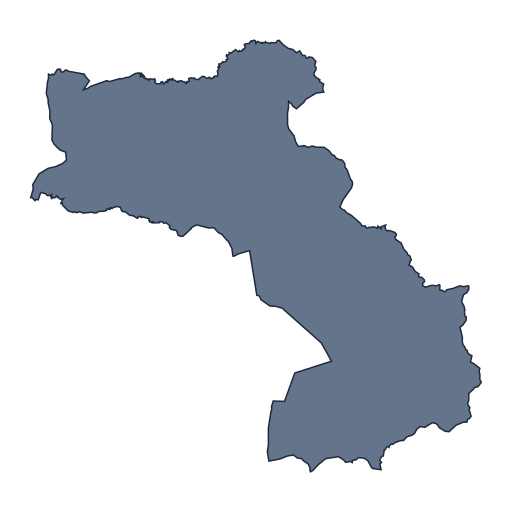 Twifo Hemang Lower Denkyira, Central, Ghana (orthographic projection)
{"feature_id": "2480657B44541331554905", "entity_name": "Twifo Hemang Lower Denkyira", "entity_type": "district", "adm_level": 2, "iso_a3": "GHA", "parent_name": "Ghana", "parent_adm1": "Central", "projection": "orthographic", "projection_center": [-1.455, 5.378], "detail": "fine", "context": "isolated", "style": "filled", "palette": "slate", "viewbox_px": 512, "rotation_deg": 0, "n_neighbors": 0, "source": "geoboundaries", "source_scale": "gbopen_adm2", "svg_char_len": 5881}
<svg xmlns="http://www.w3.org/2000/svg" viewBox="0 0 512 512"><path d="M268.9,461.1L279.9,459.0L287.6,456.0L293.5,455.0L297.2,457.9L301.6,458.7L303.7,461.0L308.1,463.9L310.3,468.6L309.8,469.8L310.4,471.8L312.6,470.7L318.9,464.1L325.8,458.6L338.5,456.7L343.8,460.1L345.6,462.3L350.2,461.5L352.3,462.5L352.4,460.4L355.9,459.9L358.4,457.6L364.1,458.2L367.7,460.5L371.6,467.7L372.8,468.5L381.1,469.7L379.9,464.1L381.5,462.4L379.9,460.6L380.1,458.7L382.0,456.3L383.3,456.0L384.3,449.9L385.2,449.7L386.8,446.9L388.0,446.6L388.9,447.4L389.2,446.1L391.4,443.9L392.9,444.3L394.8,442.7L400.7,440.6L403.6,440.5L406.8,436.9L412.4,435.0L414.6,433.4L416.7,429.3L420.1,426.6L425.0,427.3L432.3,422.7L435.5,423.4L437.6,424.8L439.2,427.6L445.1,431.3L449.1,431.7L456.1,425.2L463.5,422.1L466.9,422.2L467.5,419.5L469.6,418.3L471.1,416.3L469.7,411.2L468.9,410.5L469.9,407.7L467.5,404.0L468.8,400.2L468.8,393.5L473.6,389.0L474.4,387.5L477.9,386.8L481.3,382.4L479.8,379.3L479.9,374.5L479.2,371.5L479.8,368.3L473.1,363.2L470.5,362.2L471.9,355.7L469.3,354.4L467.7,352.7L467.2,350.4L465.6,349.3L464.8,347.0L463.1,344.8L462.3,341.8L462.4,337.3L460.0,327.2L462.5,325.4L466.1,320.4L466.3,317.0L465.0,316.1L464.4,311.8L464.9,310.2L464.0,306.1L461.6,301.7L463.5,294.8L466.7,292.8L468.7,289.7L468.8,286.1L467.5,285.8L463.9,286.7L459.6,285.9L452.8,288.5L446.9,289.7L445.0,291.7L443.4,291.4L442.5,290.3L439.8,290.2L439.9,285.2L439.3,284.7L435.6,286.1L433.7,285.3L430.8,285.5L425.5,287.2L422.5,285.4L422.8,283.3L424.6,281.5L424.2,279.7L421.8,277.4L419.2,277.1L418.5,276.2L419.0,273.9L415.2,271.4L412.4,266.9L409.0,265.2L410.7,260.2L411.3,260.1L409.9,256.0L407.8,254.7L407.0,252.6L404.0,249.5L401.1,242.9L395.8,239.5L394.8,237.0L396.3,235.6L396.4,234.3L394.9,232.4L388.9,230.4L387.5,230.9L386.2,230.4L385.0,227.4L385.7,225.0L380.8,226.9L380.9,228.7L377.9,226.1L377.3,228.4L375.7,227.4L372.4,226.8L371.1,227.7L369.5,227.1L368.0,227.9L366.3,227.8L365.4,226.0L362.0,225.8L360.3,223.2L351.3,215.3L346.7,212.8L344.4,210.1L342.3,209.3L339.8,207.1L343.2,199.6L351.5,187.9L352.6,184.1L352.2,181.4L350.3,178.8L347.2,169.9L344.9,167.1L344.9,164.1L343.3,161.3L341.4,159.7L340.1,159.9L336.3,158.3L334.2,155.4L332.0,154.7L329.2,150.9L324.2,147.3L316.9,147.2L312.0,146.0L308.4,147.4L304.2,145.6L299.5,146.4L297.9,145.9L295.5,141.4L294.1,136.0L288.5,128.5L287.6,124.6L287.5,113.5L288.5,107.3L288.6,101.3L291.7,104.2L293.0,106.4L296.5,108.7L303.9,102.3L305.6,99.4L316.1,93.1L323.8,92.1L322.6,88.1L323.7,84.1L319.4,81.5L319.9,79.8L316.4,77.6L314.0,75.0L314.0,73.1L316.0,69.4L316.0,67.4L314.6,65.6L315.9,61.5L312.4,57.5L308.7,56.9L307.2,58.4L306.4,58.2L305.0,55.5L302.6,55.5L299.7,50.9L296.4,52.7L292.9,49.5L287.8,48.2L283.0,44.5L279.2,40.4L277.6,40.5L275.7,42.9L271.1,42.6L269.6,43.4L266.1,42.4L265.4,41.7L264.8,42.7L263.1,42.5L262.8,43.4L262.1,43.4L261.7,42.6L261.3,43.0L257.5,41.4L255.9,43.5L255.3,40.9L254.1,40.2L251.0,41.1L251.3,41.6L250.0,42.0L249.3,43.4L245.4,43.8L244.2,44.9L245.4,47.3L243.8,49.1L242.7,49.3L242.3,50.7L240.2,51.3L239.6,50.6L238.4,51.9L235.6,49.6L230.9,53.1L229.2,52.6L229.4,53.8L227.3,55.7L226.7,54.9L226.2,55.9L227.8,58.4L227.6,59.1L226.2,59.6L226.7,60.8L223.9,62.4L222.9,61.7L220.9,63.7L218.9,64.0L219.2,65.4L218.7,66.1L219.5,65.9L219.8,66.5L218.1,67.6L218.9,68.8L217.3,71.1L217.9,73.4L217.4,76.2L214.6,76.1L214.2,77.2L213.4,77.0L212.9,78.0L211.4,78.8L209.2,77.2L208.5,78.0L206.3,78.2L204.3,76.6L202.5,76.3L198.0,79.6L195.4,79.3L194.2,77.8L192.6,78.4L190.7,77.7L188.6,78.7L189.4,81.4L186.8,81.6L186.6,83.4L185.9,83.5L184.4,81.8L182.4,81.6L181.9,80.8L179.1,81.0L178.5,82.0L177.8,81.3L177.1,81.9L173.7,79.7L171.7,80.0L172.3,78.7L170.3,79.5L169.5,79.0L168.7,80.7L168.4,79.8L167.5,79.9L167.4,82.3L166.0,81.5L163.7,83.9L162.5,81.7L161.0,82.0L160.7,83.6L156.9,83.9L155.0,82.6L154.8,81.1L155.4,80.6L154.7,78.8L154.0,79.3L149.8,78.9L148.7,80.2L148.1,79.1L147.3,79.5L146.6,78.6L145.2,78.7L144.7,77.1L143.9,77.4L144.0,76.4L143.3,76.8L143.4,75.3L141.9,73.8L142.3,76.0L140.4,76.7L140.7,75.1L139.3,73.8L140.5,73.5L139.1,72.9L135.5,73.4L128.1,77.6L126.8,77.3L121.6,78.9L120.3,78.5L109.4,81.6L106.9,80.6L90.8,86.3L88.0,88.2L83.4,89.7L89.4,80.9L85.6,76.6L84.3,74.1L68.1,71.2L67.0,70.2L65.4,70.0L63.9,71.5L61.9,72.2L60.3,70.2L60.6,69.4L59.4,69.1L57.4,69.3L53.8,74.9L52.0,74.1L50.7,75.2L48.5,74.1L48.4,78.9L47.5,81.8L46.3,93.4L48.1,99.3L48.2,103.1L49.9,110.9L49.7,118.4L52.4,124.9L51.9,140.0L54.1,144.1L57.5,147.7L60.1,150.1L65.7,152.2L66.4,160.0L62.8,163.4L55.6,166.6L48.0,168.4L39.1,173.8L32.8,184.5L33.2,189.0L30.7,197.7L32.0,197.4L35.0,200.7L35.8,199.4L38.2,199.9L40.5,193.1L41.2,192.4L45.7,193.8L47.3,195.6L49.5,195.2L50.4,196.1L51.6,194.9L51.2,197.8L51.7,198.6L53.1,197.3L54.6,197.9L56.7,195.9L57.5,197.5L58.2,197.1L59.5,198.8L60.9,199.3L63.3,198.7L62.0,200.1L61.8,202.3L61.1,202.5L60.8,203.5L62.4,203.7L62.6,205.2L68.1,210.9L73.2,212.5L74.2,211.7L76.4,212.7L79.8,211.7L83.3,213.1L91.8,212.2L94.3,213.0L96.5,212.9L98.7,211.4L104.1,211.3L106.6,210.4L106.4,209.4L107.6,208.8L109.0,209.5L109.9,208.1L110.3,208.9L111.3,207.7L112.0,208.5L113.6,207.4L117.2,206.5L120.4,207.4L121.7,210.9L122.4,210.7L122.9,211.6L125.4,211.9L129.8,215.4L132.9,215.6L136.9,218.1L137.5,217.5L137.6,218.6L138.1,217.3L139.6,216.2L141.6,217.6L142.1,216.8L149.1,218.6L148.9,220.4L149.6,220.7L149.6,222.0L152.3,221.8L151.5,222.4L152.0,222.9L159.4,222.7L159.9,221.7L162.6,221.8L163.8,223.3L166.1,222.8L169.8,225.6L169.3,227.2L170.7,229.2L176.6,230.7L178.2,235.5L181.6,236.4L182.8,236.3L185.6,233.8L191.5,228.4L191.7,227.4L196.7,224.9L208.7,228.0L213.8,227.7L218.5,232.7L221.9,234.3L226.6,240.0L227.9,240.7L231.9,248.4L232.9,256.1L233.9,256.2L238.8,253.7L249.6,250.6L256.8,295.3L259.3,296.0L261.1,299.8L270.0,306.0L275.5,306.3L282.1,308.1L321.2,342.8L325.7,350.7L331.4,361.2L294.8,373.0L284.5,401.4L273.2,401.0L271.5,406.8L271.7,409.9L271.0,411.3L268.4,428.0L268.4,445.1L267.3,451.3L268.9,461.1Z" fill="#64748b" stroke="#1e293b" stroke-width="1.5"/></svg>